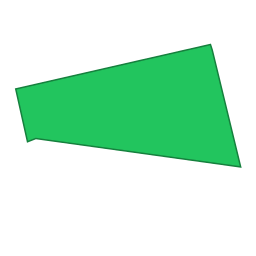 outline of Douglas, South Dakota, United States of America, rotated 347°
{"feature_id": "52423323B94061378470924", "entity_name": "Douglas", "entity_type": "district", "adm_level": 2, "iso_a3": "USA", "parent_name": "United States of America", "parent_adm1": "South Dakota", "projection": "robinson", "projection_center": [-98.384, 43.348], "detail": "fine", "context": "isolated", "style": "filled", "palette": "green", "viewbox_px": 256, "rotation_deg": 347, "n_neighbors": 0, "source": "geoboundaries", "source_scale": "gbopen_adm2", "svg_char_len": 259}
<svg xmlns="http://www.w3.org/2000/svg" viewBox="0 0 256 256"><g transform="rotate(347 128 128)"><path d="M157.5,65.0L27.4,64.7L27.0,118.8L35.8,117.5L229.0,191.3L227.6,71.0L227.1,65.2L157.5,65.0Z" fill="#22c55e" stroke="#15803d" stroke-width="1.5"/></g></svg>